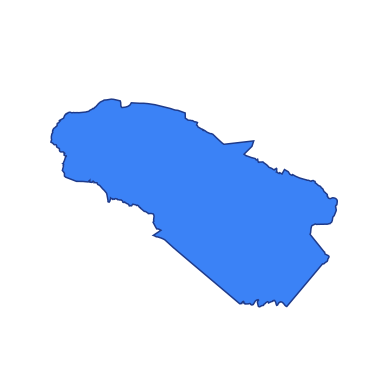 outline of Tzintzuntzan, Michoacán, Mexico, rotated 209°
{"feature_id": "50627088B10227189908038", "entity_name": "Tzintzuntzan", "entity_type": "district", "adm_level": 2, "iso_a3": "MEX", "parent_name": "Mexico", "parent_adm1": "Michoacán", "projection": "albers", "projection_center": [-101.539, 19.611], "detail": "fine", "context": "isolated", "style": "filled", "palette": "blue", "viewbox_px": 384, "rotation_deg": 209, "n_neighbors": 0, "source": "geoboundaries", "source_scale": "gbopen_adm2", "svg_char_len": 5959}
<svg xmlns="http://www.w3.org/2000/svg" viewBox="0 0 384 384"><g transform="rotate(209 192 192)"><path d="M288.3,240.6L288.4,238.1L289.5,235.9L291.3,234.0L294.2,231.9L295.2,232.2L296.0,232.9L297.9,235.9L299.0,236.9L305.3,235.1L307.6,234.1L311.4,231.1L313.1,230.0L313.6,229.6L313.8,229.0L315.9,226.1L316.1,225.1L316.6,224.2L317.0,221.9L317.2,221.4L317.4,220.1L317.7,219.4L318.2,218.7L318.2,217.9L318.5,217.2L319.1,217.1L319.6,215.9L321.1,213.7L321.4,212.5L322.9,211.3L323.6,210.5L329.4,206.5L330.9,205.8L333.2,204.4L334.0,204.2L334.8,203.5L335.8,202.9L336.9,202.8L337.5,202.6L338.6,201.6L338.9,201.3L338.9,200.4L339.7,200.0L339.8,199.1L340.2,199.0L340.3,198.9L340.2,198.3L340.5,197.3L340.1,194.3L342.6,190.3L342.6,190.1L341.8,190.2L342.0,189.4L342.1,188.3L342.4,187.5L343.0,186.9L343.0,186.6L343.0,186.2L342.1,184.7L342.1,184.4L342.3,184.2L342.4,183.9L342.5,183.7L342.5,183.2L342.8,182.9L343.0,182.0L343.7,180.6L343.8,179.4L343.5,178.9L343.7,178.6L343.6,178.0L343.0,176.8L342.6,176.4L342.7,174.8L341.9,172.3L341.0,170.7L340.1,169.7L340.0,169.0L339.6,167.2L337.4,167.2L336.1,166.7L335.4,166.6L334.0,167.4L333.6,167.4L333.1,167.1L332.4,166.0L331.8,165.7L329.5,165.7L329.0,165.6L327.9,163.9L327.2,163.5L326.7,163.4L326.0,163.5L324.2,164.6L323.2,164.5L322.1,164.2L322.4,163.3L321.9,163.2L321.7,162.2L320.3,162.1L319.8,162.3L319.6,162.6L319.3,162.4L319.5,160.9L318.8,157.4L318.7,155.5L318.4,154.8L318.4,154.4L318.7,154.1L317.8,153.9L317.5,153.6L317.5,152.7L317.0,152.3L316.5,150.7L316.4,150.0L316.1,149.1L315.9,148.0L314.1,147.3L312.6,146.5L312.4,146.0L311.3,144.1L309.7,143.7L298.2,145.3L292.4,148.4L287.6,150.5L287.4,151.5L287.5,151.6L287.4,151.9L287.1,151.9L287.0,152.6L286.1,151.1L284.4,151.8L284.2,151.9L283.9,152.4L284.1,152.7L284.0,153.2L283.5,153.6L282.8,153.3L282.5,153.3L282.0,153.0L282.0,152.8L279.6,154.0L278.2,152.9L275.9,153.0L271.5,151.4L269.6,150.9L267.5,150.1L266.1,149.5L264.9,148.2L261.0,143.4L260.8,142.8L259.6,142.9L259.4,143.8L259.9,146.6L260.3,147.3L259.3,147.1L258.9,147.5L258.3,147.4L258.0,147.1L257.7,147.1L257.7,147.6L256.2,148.1L256.2,148.7L256.0,149.0L254.2,149.6L254.1,149.4L253.4,149.2L252.1,149.9L251.9,149.8L250.8,150.2L250.4,150.7L248.8,150.5L248.2,150.3L247.6,149.6L247.2,149.8L246.8,149.7L246.3,149.9L246.2,150.5L245.9,150.6L245.2,150.4L244.6,150.4L244.4,150.3L243.2,150.3L242.6,150.5L241.8,150.4L240.6,150.0L240.3,149.5L239.7,149.6L239.2,150.2L238.8,150.4L238.3,150.5L238.1,150.8L238.1,151.6L237.9,152.6L237.1,152.9L236.7,152.9L235.3,153.5L233.7,153.4L233.3,154.0L232.4,154.0L231.7,153.8L231.4,153.5L230.4,153.1L230.0,153.3L229.5,153.3L229.2,152.8L228.6,152.7L227.7,152.6L224.3,151.9L223.3,152.4L220.2,152.2L219.7,151.9L217.7,153.2L216.8,153.6L215.3,154.0L214.3,153.4L213.5,152.5L213.3,152.1L212.0,148.8L211.2,148.0L211.4,146.7L207.0,143.8L204.9,142.6L203.8,143.3L201.9,143.5L200.6,143.5L204.8,135.3L203.8,135.5L201.6,135.5L200.2,136.1L196.5,136.8L194.0,137.0L192.6,137.0L181.2,134.3L153.3,128.7L96.1,117.4L95.7,117.6L94.8,118.3L95.0,118.4L95.1,118.6L95.0,118.8L94.7,118.9L94.7,119.0L94.4,119.2L94.4,119.5L94.6,119.7L94.6,120.4L94.3,120.7L94.1,121.2L93.8,121.2L93.6,120.9L93.1,120.8L93.0,120.6L93.0,120.2L92.7,120.0L92.4,119.8L91.9,119.8L91.7,120.0L91.3,119.9L91.2,120.2L90.7,120.2L90.1,120.5L88.5,121.5L87.3,122.6L86.7,122.6L86.1,122.1L85.3,122.1L84.7,122.3L84.5,122.7L83.8,123.4L84.0,124.0L83.8,124.7L83.8,126.7L83.7,127.4L83.3,128.4L82.8,129.2L81.9,129.9L81.4,129.7L81.6,128.1L81.2,127.1L78.7,124.3L78.3,124.1L77.1,124.4L75.9,126.4L74.5,127.5L74.7,128.5L74.0,129.7L73.7,131.1L72.7,132.7L71.2,132.6L71.1,132.3L69.6,134.4L68.8,135.1L68.2,136.1L68.4,136.3L67.9,136.8L67.2,137.2L65.3,136.1L63.8,134.5L63.0,133.9L62.4,134.6L62.5,135.5L62.3,136.2L62.4,136.4L62.4,136.7L62.2,137.6L62.0,137.9L61.8,138.0L61.5,138.8L61.1,138.8L60.8,139.1L60.1,139.3L59.0,139.2L56.9,138.5L55.9,138.0L54.5,137.7L53.6,137.8L43.0,192.4L42.1,192.9L41.7,193.4L41.3,194.8L40.2,196.8L40.2,197.7L40.7,199.3L40.6,200.4L40.7,201.6L40.9,202.0L41.4,202.3L42.3,202.4L44.8,202.3L45.6,202.3L46.9,203.7L47.2,203.6L68.2,212.2L68.5,213.8L70.2,217.7L70.6,219.2L70.8,219.9L70.8,220.7L68.7,223.8L67.4,224.0L65.9,225.0L64.7,225.6L64.5,225.8L60.9,227.8L60.3,228.3L59.4,228.7L58.2,229.4L57.5,229.9L57.0,230.6L56.0,231.2L55.9,232.1L55.3,233.0L55.3,233.5L55.5,235.1L56.6,238.1L56.6,238.6L56.3,239.7L56.2,240.4L56.8,245.3L57.1,246.2L57.7,247.0L58.5,247.7L58.8,248.4L59.1,248.5L59.4,248.9L59.6,249.8L59.5,250.5L59.2,250.7L59.2,251.3L60.3,254.0L61.0,255.1L61.8,255.6L62.9,255.9L64.1,255.9L65.6,255.4L66.4,255.0L67.5,253.5L68.1,253.1L69.6,252.8L70.9,253.5L71.2,254.0L71.8,254.0L72.4,255.3L73.4,255.7L74.4,255.8L75.3,256.2L76.2,256.2L77.2,256.7L78.9,258.0L79.7,258.3L81.0,258.4L82.1,259.1L83.0,259.2L84.0,259.0L85.1,259.1L87.6,259.7L88.6,259.7L89.2,260.6L89.6,260.9L90.6,260.7L91.1,260.8L91.6,260.8L92.2,260.3L92.7,259.9L93.0,259.1L93.3,259.0L94.7,258.9L95.9,258.7L97.2,258.0L97.6,258.1L100.8,257.3L104.9,256.4L108.9,256.0L112.5,256.0L112.6,255.0L115.2,255.0L117.6,256.4L122.0,256.5L122.0,251.4L124.7,251.4L124.8,250.4L127.9,250.4L127.7,251.1L128.8,252.3L128.9,253.1L129.3,253.5L129.7,253.6L130.2,252.4L130.9,251.7L130.9,251.2L131.9,251.1L133.8,251.3L136.9,250.9L137.6,251.3L139.9,252.0L143.4,252.4L144.5,252.7L147.4,250.9L147.7,250.8L147.7,250.4L148.3,250.2L150.2,251.9L150.4,252.5L150.5,252.5L150.5,251.5L151.5,251.2L152.6,251.9L152.4,252.0L156.8,250.9L161.9,250.1L162.0,250.1L162.1,249.9L164.8,250.3L161.7,261.0L162.8,266.6L184.8,250.9L187.1,249.3L187.4,249.2L189.6,249.5L196.6,251.2L201.8,252.6L203.4,252.4L204.5,251.9L208.0,251.6L210.3,251.9L211.1,251.9L211.2,251.6L212.1,251.3L212.1,251.9L213.9,251.9L213.5,251.7L218.3,251.8L219.4,252.6L220.5,252.8L220.9,255.4L222.5,255.2L224.0,254.6L225.9,254.7L226.4,254.6L226.8,254.3L228.5,253.8L229.5,253.2L231.1,252.9L231.5,253.2L232.4,253.2L233.6,253.3L236.3,257.8L243.9,256.6L246.2,255.6L247.3,255.3L251.2,254.6L266.7,250.4L273.4,247.9L277.0,246.3L280.6,244.3L288.3,240.6Z" fill="#3b82f6" stroke="#1e3a8a" stroke-width="1.5"/></g></svg>